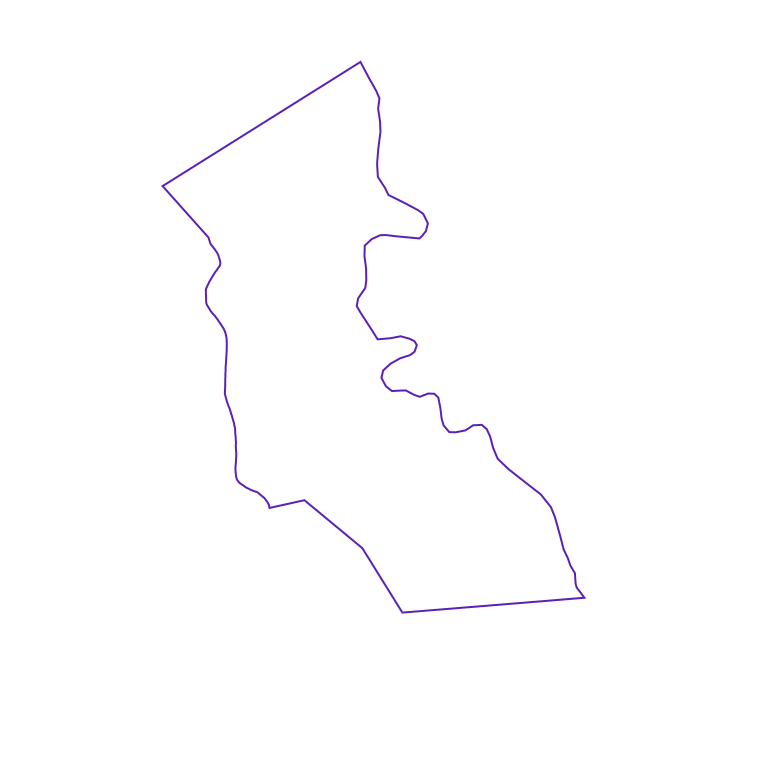 Dupre, Choiseul, Saint Lucia, rotated 323°
{"feature_id": "8701671B17247241487473", "entity_name": "Dupre", "entity_type": "district", "adm_level": 2, "iso_a3": "LCA", "parent_name": "Saint Lucia", "parent_adm1": "Choiseul", "projection": "albers", "projection_center": [-61.03, 13.794], "detail": "fine", "context": "isolated", "style": "outline", "palette": "violet", "viewbox_px": 768, "rotation_deg": 323, "n_neighbors": 0, "source": "geoboundaries", "source_scale": "gbopen_adm2", "svg_char_len": 3980}
<svg xmlns="http://www.w3.org/2000/svg" viewBox="0 0 768 768"><g transform="rotate(323 384 384)"><path d="M559.0,112.6L327.7,92.8L326.3,92.7L332.0,161.4L329.9,167.1L329.8,168.8L329.8,170.1L329.8,171.2L329.8,172.6L329.9,173.8L329.9,174.9L329.8,176.0L329.7,178.3L329.6,179.5L329.3,180.7L329.0,181.9L328.5,183.3L328.0,184.6L327.6,185.8L327.1,187.0L326.5,188.2L325.9,189.2L325.0,190.1L324.0,190.8L322.9,191.2L321.4,191.5L320.3,191.9L319.0,192.5L317.7,192.7L316.6,193.0L315.3,193.5L314.1,194.0L312.9,194.4L311.7,194.9L310.4,195.4L309.2,195.9L308.0,196.4L306.8,196.9L305.7,197.4L304.6,198.0L303.5,198.6L302.2,199.2L301.1,199.8L299.6,200.6L298.8,201.3L298.0,202.1L297.3,203.1L296.5,204.1L295.8,205.1L295.2,206.2L294.5,207.1L293.2,208.9L292.1,210.4L291.3,211.5L290.8,212.5L290.3,213.8L290.1,215.1L290.0,216.2L289.9,217.4L289.8,218.9L289.6,220.0L289.5,221.2L289.5,222.4L289.5,223.7L289.6,224.8L289.7,226.1L289.9,227.2L289.9,228.5L289.9,229.7L289.9,230.9L289.9,232.3L289.8,233.4L289.7,234.6L289.7,235.7L289.6,237.7L289.6,238.9L289.4,240.2L289.4,241.4L289.3,242.6L289.1,243.9L288.8,245.2L288.5,246.4L288.1,247.6L287.6,248.9L287.2,250.0L286.6,251.1L286.0,252.2L285.4,253.4L284.6,254.5L283.8,255.6L283.1,256.6L282.3,257.7L281.6,258.7L280.8,259.7L280.0,260.6L279.2,261.7L278.4,262.8L277.6,263.7L276.6,264.9L275.7,265.9L274.7,267.1L273.9,268.0L273.1,268.9L272.4,269.8L271.4,270.9L270.6,271.9L269.6,273.0L268.6,274.2L267.7,275.2L266.9,276.1L266.2,277.2L265.3,278.3L264.7,279.0L263.8,280.0L262.8,281.2L262.3,282.0L261.5,283.0L260.5,284.1L259.9,284.9L259.4,285.6L258.7,286.5L257.9,287.5L257.1,288.5L256.5,289.4L255.7,290.4L254.9,291.3L254.0,292.4L253.2,293.4L252.3,294.4L251.4,295.5L250.8,296.5L250.3,297.7L249.8,299.0L249.3,300.2L248.9,301.2L248.4,302.4L247.9,303.6L247.6,304.8L247.2,306.0L246.8,307.2L246.4,308.5L246.2,309.6L245.9,310.8L245.4,312.2L245.0,313.4L244.5,314.5L244.0,315.7L243.7,316.9L243.3,318.1L242.8,319.2L242.4,320.3L241.8,321.8L241.2,323.4L240.8,324.6L240.2,325.8L239.6,327.0L239.1,328.2L238.6,329.4L237.9,330.4L237.2,331.5L236.5,332.5L235.7,333.6L235.0,334.6L234.4,335.9L233.6,337.1L232.9,338.1L232.1,339.2L231.4,340.4L230.7,341.4L229.9,342.5L228.9,343.6L228.1,344.7L227.4,345.7L226.7,346.7L225.9,347.9L225.1,349.1L224.5,350.2L223.7,351.3L222.9,352.3L222.0,353.4L221.1,354.4L220.1,355.5L219.3,356.6L218.4,357.7L217.6,358.5L216.6,359.6L215.8,360.5L214.9,361.6L214.2,362.5L213.5,363.4L212.9,364.4L212.2,365.5L211.5,366.8L210.7,368.1L210.0,369.3L209.6,370.4L209.2,371.5L209.0,372.6L209.0,373.8L209.0,374.8L209.1,376.1L209.4,376.9L209.8,378.0L210.1,379.1L210.6,380.3L210.9,381.4L211.2,382.8L211.7,383.9L212.2,384.9L212.9,386.2L213.4,387.3L213.9,388.4L214.6,389.5L215.2,390.6L216.0,391.7L216.7,392.7L217.4,393.6L217.9,394.7L218.1,395.9L218.5,397.3L218.7,398.5L219.0,399.8L219.4,401.0L219.6,402.2L219.9,403.4L219.9,404.6L219.8,405.7L219.8,406.8L219.8,408.0L219.7,409.1L219.5,410.3L219.2,411.5L218.5,412.8L218.0,414.1L250.5,428.9L267.9,502.2L261.1,577.6L415.4,675.3L415.4,673.3L415.4,662.4L416.8,658.9L422.6,650.0L423.6,641.1L426.0,633.7L427.9,624.3L433.2,611.5L440.4,593.2L443.2,582.8L442.8,566.5L439.4,554.1L436.0,541.3L432.2,526.9L429.8,512.1L432.7,500.7L437.0,490.3L438.9,481.9L437.5,475.5L430.3,470.6L421.2,470.1L412.0,465.6L407.2,461.7L406.7,452.8L409.2,446.3L414.4,437.4L419.2,427.6L418.3,422.1L413.5,418.2L404.8,415.7L401.5,410.7L397.6,402.3L392.8,398.9L386.1,394.4L384.2,387.0L385.6,377.6L391.4,372.7L401.5,371.7L412.5,373.2L422.1,376.6L427.9,376.6L433.6,372.7L434.1,368.2L431.7,363.3L426.0,355.9L416.8,351.4L405.8,344.5L406.7,334.6L408.2,312.9L409.1,305.4L414.9,300.0L426.9,296.0L432.2,290.6L438.4,282.1L439.4,280.7L445.2,270.3L451.9,261.9L461.5,260.9L470.6,262.9L475.4,266.4L483.1,273.8L499.9,289.1L503.7,288.6L509.5,287.1L515.7,282.2L517.7,271.8L515.7,265.4L508.5,250.1L501.3,235.7L502.8,228.3L503.7,215.0L510.9,204.1L521.0,192.7L533.0,180.4L538.8,172.0L545.0,160.6L552.2,153.2L554.2,145.3L556.1,130.9L559.0,112.6Z" fill="none" stroke="#5b21b6" stroke-width="2"/></g></svg>